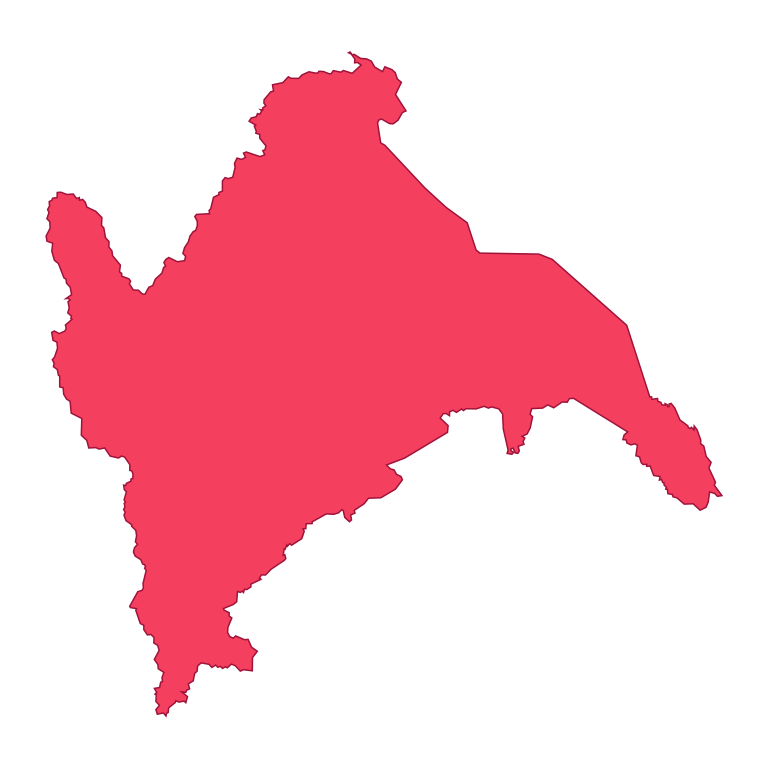 outline of Riosucio, Chocó, Colombia
{"feature_id": "7082276B6840641027062", "entity_name": "Riosucio", "entity_type": "district", "adm_level": 2, "iso_a3": "COL", "parent_name": "Colombia", "parent_adm1": "Chocó", "projection": "albers", "projection_center": [-77.324, 7.341], "detail": "fine", "context": "isolated", "style": "filled", "palette": "rose", "viewbox_px": 768, "rotation_deg": 0, "n_neighbors": 0, "source": "geoboundaries", "source_scale": "gbopen_adm2", "svg_char_len": 6023}
<svg xmlns="http://www.w3.org/2000/svg" viewBox="0 0 768 768"><path d="M252.3,670.8L252.5,657.5L257.3,651.3L251.5,647.1L248.1,639.4L244.5,639.7L235.7,635.9L233.2,638.2L229.6,636.4L227.6,632.4L227.9,627.3L231.8,618.0L229.2,616.0L229.2,612.7L224.0,610.1L223.5,608.5L233.3,604.5L236.7,601.7L237.5,591.5L240.4,592.4L242.2,591.2L243.5,592.5L244.5,589.2L246.7,589.6L250.9,586.9L250.8,584.2L261.0,579.3L259.4,578.1L261.5,574.9L265.5,575.0L271.1,569.2L284.5,560.2L285.8,558.6L284.8,554.7L283.2,555.3L284.1,549.1L285.0,549.4L286.8,545.0L287.4,546.2L289.7,543.7L291.6,545.2L301.8,538.6L304.2,531.4L303.1,528.8L305.8,528.7L306.2,523.7L312.1,523.6L312.2,521.8L326.3,513.9L333.7,514.3L338.6,512.8L341.9,509.6L343.2,510.5L344.8,517.5L349.4,521.7L351.5,520.0L350.7,514.9L355.0,513.1L354.2,510.4L364.2,503.7L368.5,498.2L380.8,497.8L395.4,489.2L402.4,479.8L401.0,476.5L396.5,474.3L394.0,469.8L390.4,468.9L386.5,465.0L404.8,458.0L447.5,432.4L448.1,425.6L440.2,418.1L443.2,413.7L446.1,413.5L449.5,415.7L449.6,411.8L453.0,410.3L456.4,412.4L461.6,409.0L463.4,410.6L466.0,408.7L476.1,408.9L484.1,406.3L488.5,408.1L491.4,406.9L498.7,408.8L502.6,414.0L503.3,429.0L508.1,450.1L507.1,453.4L511.9,454.3L513.6,452.4L511.0,450.7L511.0,448.7L513.0,448.1L515.3,453.0L517.9,453.4L519.3,451.0L518.2,446.3L524.0,444.3L523.1,441.5L524.8,438.1L522.1,436.3L527.1,434.0L530.2,427.9L532.6,416.7L530.1,414.3L531.7,408.6L542.6,408.1L547.8,404.9L553.7,407.8L562.1,402.0L567.3,402.2L569.2,398.7L573.5,398.3L627.7,431.9L624.1,435.0L622.9,439.6L626.2,439.9L626.9,443.0L630.9,444.9L634.9,443.8L637.4,445.2L635.9,455.7L639.5,456.8L641.2,462.7L643.0,464.5L646.8,464.3L646.6,466.3L650.1,466.0L653.7,475.5L660.0,476.5L659.4,480.1L661.6,479.4L662.6,482.5L664.1,482.9L664.0,484.9L666.3,487.2L665.8,489.2L667.4,489.4L667.9,493.7L672.4,494.5L673.0,496.8L676.9,497.8L684.2,504.1L693.2,503.8L700.1,510.2L706.0,507.3L708.2,502.2L709.6,492.0L714.7,493.4L717.4,496.3L721.9,495.6L714.3,485.2L715.5,482.3L708.9,468.0L711.1,462.4L706.2,456.5L703.8,446.1L700.6,443.6L700.8,440.2L697.1,429.8L694.2,426.0L693.9,429.9L691.4,427.3L690.1,428.5L688.4,427.7L687.8,425.8L679.9,419.9L674.8,408.0L671.1,403.4L669.0,404.1L669.1,406.5L667.6,406.7L667.2,404.7L665.1,403.6L665.1,405.2L662.0,404.9L660.8,402.3L658.0,401.4L657.5,398.5L651.8,399.3L651.6,396.9L649.8,396.9L626.7,325.3L552.3,259.4L539.0,254.1L480.0,253.1L476.1,250.0L467.2,222.8L446.1,207.4L424.7,187.8L384.8,145.2L380.7,142.9L377.6,123.2L378.6,120.2L381.5,119.0L389.5,123.6L393.2,123.8L398.1,120.1L402.4,112.5L406.0,110.9L395.5,94.5L401.4,82.3L397.4,79.1L395.2,72.6L391.9,69.6L384.9,66.8L382.5,71.6L374.7,67.1L371.3,61.1L366.6,58.9L360.6,58.4L354.1,54.3L352.8,55.3L350.0,52.0L348.6,52.8L351.2,54.0L354.9,59.0L354.6,62.8L357.6,62.5L361.2,65.0L352.2,73.3L343.4,70.5L340.8,72.2L333.3,70.6L331.2,73.7L329.3,73.8L323.3,71.5L318.9,71.3L317.9,73.0L315.5,73.1L308.9,71.8L301.9,75.0L298.7,78.4L291.0,78.3L288.3,76.8L282.9,82.6L272.5,84.8L273.5,91.1L270.6,91.9L264.1,99.7L263.9,103.1L265.8,105.8L262.8,107.8L262.7,110.1L260.5,109.7L261.7,110.9L259.8,114.3L257.5,113.6L256.2,116.7L251.2,118.0L249.1,121.2L255.7,125.1L254.3,126.1L256.3,131.3L255.8,133.2L259.7,134.4L259.8,138.3L266.0,146.0L264.9,149.9L262.8,150.6L264.7,154.8L260.0,156.6L246.3,152.0L243.5,153.1L245.5,157.4L241.7,159.4L237.0,158.1L234.5,163.4L235.1,167.5L232.7,177.3L228.1,178.6L225.1,177.6L222.4,181.0L222.4,191.1L218.9,192.5L219.0,194.6L213.5,197.3L210.7,208.8L209.1,210.4L209.5,213.7L196.5,214.4L194.8,216.5L197.3,221.5L197.3,225.8L195.7,230.4L193.2,231.6L190.0,236.1L188.3,242.0L184.5,247.7L182.9,253.4L185.6,256.2L184.6,260.7L177.3,261.7L168.8,257.5L165.8,259.5L163.9,262.5L165.6,266.2L163.7,267.4L161.9,273.1L155.3,279.2L152.7,285.6L148.9,287.2L145.0,294.2L142.3,294.0L138.4,290.2L133.3,290.0L129.4,283.8L130.6,281.2L128.9,278.8L121.8,276.2L121.6,273.3L119.5,271.8L120.4,265.1L112.6,255.7L111.9,250.9L108.9,247.0L109.0,241.6L105.5,237.7L103.8,227.9L101.5,225.4L101.9,217.6L95.7,211.3L86.9,207.1L85.2,202.1L82.6,199.4L79.5,200.2L79.3,197.6L76.6,198.5L73.2,194.0L67.0,194.5L60.8,192.2L57.2,192.5L57.1,197.6L52.6,198.2L51.8,200.3L49.2,201.6L49.5,206.1L47.6,209.5L49.0,212.5L46.9,218.7L49.8,221.8L50.1,228.2L46.1,236.1L47.0,241.2L52.7,243.2L51.8,251.2L54.4,260.3L58.4,263.5L63.9,277.8L66.0,279.3L66.5,283.1L70.2,287.3L71.6,294.6L66.0,298.6L68.3,298.4L70.1,300.1L68.0,301.7L69.2,307.8L67.8,312.9L71.4,316.1L70.9,318.6L72.0,319.3L65.4,325.0L66.3,328.5L64.8,331.1L59.2,333.6L54.3,331.0L51.7,332.4L53.0,340.3L56.9,342.1L57.5,348.3L54.6,357.0L52.3,359.7L54.1,363.2L53.4,366.7L57.3,369.5L58.4,375.3L59.7,376.1L59.7,386.9L63.1,387.7L63.7,394.3L66.5,399.0L70.1,401.4L71.2,413.1L81.8,418.5L81.3,435.2L86.8,440.4L88.8,448.0L95.8,447.6L99.1,449.1L104.7,448.0L110.2,456.1L118.5,458.0L121.4,456.1L124.6,457.0L129.8,464.6L129.8,470.4L131.8,470.9L133.0,474.0L132.8,478.5L131.0,479.0L130.9,481.2L126.4,483.3L125.7,485.5L123.6,485.1L124.3,489.6L126.4,491.7L124.1,499.9L125.4,502.2L124.2,503.4L125.0,506.8L123.6,509.5L125.2,512.1L124.0,515.1L126.0,520.6L131.9,524.9L131.5,526.1L135.8,530.4L136.6,535.8L135.4,541.7L137.5,544.3L134.5,547.7L133.4,552.0L135.2,556.1L140.8,559.6L142.6,564.0L144.6,564.8L145.5,566.7L144.6,568.2L146.2,570.4L143.0,583.6L143.4,588.1L142.0,590.4L137.8,591.7L129.7,606.3L130.4,607.6L136.5,608.6L135.8,610.3L140.3,623.5L143.8,625.3L143.8,629.6L147.4,634.9L151.0,634.5L154.0,637.5L153.8,642.9L157.7,645.4L159.1,650.5L154.3,659.5L157.9,664.5L158.2,668.7L163.9,672.4L162.0,677.5L162.5,681.6L160.7,682.2L159.6,687.5L154.4,688.4L156.8,692.6L155.0,694.1L156.3,694.9L155.9,701.4L159.4,705.4L155.9,709.6L157.3,714.2L163.4,713.0L166.0,716.0L166.5,713.4L168.2,712.4L168.7,707.8L175.2,702.6L175.9,700.7L178.9,702.1L184.0,701.1L185.8,702.7L187.5,696.6L181.7,691.9L185.8,692.4L186.5,690.3L189.6,688.9L188.3,683.9L193.2,680.9L194.7,673.4L197.1,671.2L197.6,666.0L201.2,662.9L209.0,664.3L211.8,667.4L215.7,665.1L217.9,667.3L220.2,666.3L222.5,668.4L225.4,666.8L227.3,667.8L231.4,664.1L235.3,665.7L240.3,671.1L243.5,669.7L252.3,670.8Z" fill="#f43f5e" stroke="#9f1239" stroke-width="1.5"/></svg>